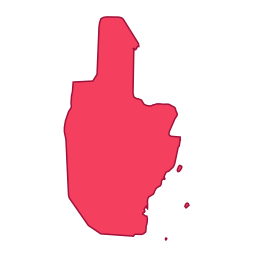 the Province of East Sepik, rotated 92°
{"feature_id": "PNG-1239", "entity_name": "East Sepik", "entity_type": "Province", "adm_level": 1, "iso_a3": "PNG", "parent_name": "Papua New Guinea", "parent_adm1": "", "projection": "mercator", "projection_center": [143.363, -4.131], "detail": "fine", "context": "isolated", "style": "filled", "palette": "rose", "viewbox_px": 256, "rotation_deg": 92, "n_neighbors": 0, "source": "natural_earth", "source_scale": "10m", "svg_char_len": 2453}
<svg xmlns="http://www.w3.org/2000/svg" viewBox="0 0 256 256"><g transform="rotate(92 128 128)"><path d="M135.2,75.5L136.4,75.4L137.5,75.7L137.9,75.2L139.1,75.6L143.7,76.1L144.4,76.3L145.6,77.2L146.5,77.5L147.3,77.5L161.7,80.0L164.7,81.1L165.9,81.9L169.7,85.7L170.4,87.6L170.7,88.1L171.1,88.4L172.2,88.9L172.7,89.2L173.3,89.5L175.3,90.1L175.5,90.4L176.1,90.1L177.1,89.4L177.5,89.4L178.0,89.6L178.1,90.0L177.6,90.8L178.2,91.7L178.9,92.3L179.8,92.6L182.2,92.8L183.5,93.1L184.5,93.6L187.0,97.5L187.9,98.1L190.7,99.4L191.6,99.6L193.2,100.4L196.5,105.2L198.2,105.8L200.5,106.0L204.9,105.7L205.6,105.8L206.3,105.6L208.0,105.7L207.5,106.2L206.8,106.5L206.1,106.7L205.3,106.6L205.8,107.4L206.4,107.8L207.1,108.1L207.8,108.6L208.8,109.1L210.5,108.2L211.5,108.6L212.0,109.6L212.3,110.1L212.9,110.3L213.6,110.2L213.7,109.7L214.0,109.3L214.6,108.6L215.2,107.7L215.5,106.8L215.4,106.1L217.6,105.5L220.7,105.5L223.7,105.9L226.0,106.6L226.9,106.4L230.3,106.6L231.3,106.8L232.2,107.7L233.0,108.7L233.6,109.9L233.9,111.2L233.9,117.0L234.3,117.7L235.3,118.5L235.9,118.8L235.9,119.0L234.7,151.5L226.8,164.2L199.9,184.3L197.5,185.0L194.7,185.3L141.8,189.6L133.8,191.5L129.6,191.6L122.8,190.7L113.6,187.9L109.9,185.6L109.0,185.5L107.8,185.4L105.0,185.8L97.8,185.6L93.8,184.8L84.0,184.4L82.3,164.8L75.4,160.8L28.2,160.5L23.4,160.0L19.7,158.8L18.2,156.0L17.7,152.8L17.5,141.5L18.0,138.5L19.4,136.6L43.1,120.6L43.7,120.4L44.7,120.2L45.0,120.3L46.2,120.0L46.3,121.4L47.3,121.9L48.5,122.3L49.4,123.2L48.5,124.3L48.1,125.0L48.5,125.5L50.3,124.6L50.9,124.8L52.0,124.9L93.0,124.2L96.7,123.3L98.1,120.8L98.5,119.7L98.5,118.7L99.7,115.4L101.9,114.1L103.9,112.6L104.9,110.0L105.2,107.4L105.1,105.8L104.9,105.1L104.3,104.4L104.1,103.8L103.6,101.9L103.1,100.7L102.9,99.9L102.8,96.9L103.0,94.1L102.8,89.1L102.9,88.1L103.1,87.4L104.2,85.4L105.2,83.1L106.0,82.0L106.9,81.3L108.7,80.9L109.6,80.5L111.4,79.6L112.3,79.3L113.1,79.3L114.0,79.6L115.0,80.1L117.0,81.4L129.3,86.3L131.2,86.8L132.2,86.9L133.2,86.8L134.0,86.1L134.8,84.6L135.2,75.7L135.2,75.5ZM168.9,77.2L167.8,77.2L165.9,76.5L165.4,76.4L164.7,76.0L163.6,75.1L163.7,74.5L164.1,74.0L164.2,73.3L164.7,72.9L166.0,73.0L167.8,73.9L169.5,75.2L169.9,76.5L168.9,77.2ZM200.9,66.2L201.7,65.0L203.2,64.4L204.9,66.2L205.8,67.2L204.5,68.4L202.2,67.8L200.9,66.2ZM237.2,85.4L237.8,85.6L238.4,86.0L238.5,86.5L238.1,86.7L237.7,86.6L237.1,86.6L236.9,86.6L236.6,86.3L236.7,85.8L237.2,85.4Z" fill="#f43f5e" stroke="#9f1239" stroke-width="1.5"/></g></svg>